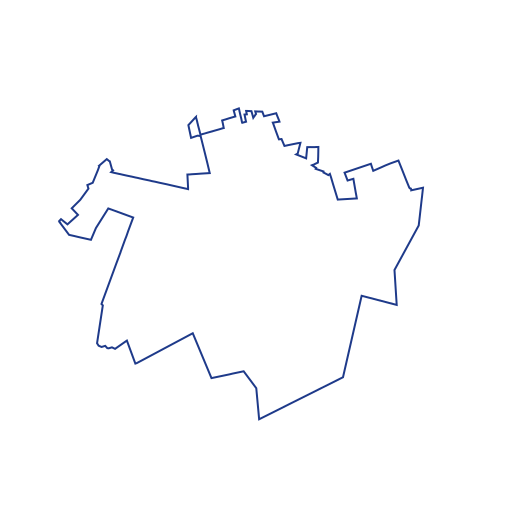 Villa de Arista, San Luis Potosí, Mexico (Mercator projection), rotated 67°
{"feature_id": "50627088B5681346085282", "entity_name": "Villa de Arista", "entity_type": "district", "adm_level": 2, "iso_a3": "MEX", "parent_name": "Mexico", "parent_adm1": "San Luis Potosí", "projection": "mercator", "projection_center": [-100.881, 22.664], "detail": "fine", "context": "isolated", "style": "outline", "palette": "blue", "viewbox_px": 512, "rotation_deg": 67, "n_neighbors": 0, "source": "geoboundaries", "source_scale": "gbopen_adm2", "svg_char_len": 3191}
<svg xmlns="http://www.w3.org/2000/svg" viewBox="0 0 512 512"><g transform="rotate(67 256 256)"><path d="M147.0,423.6L148.4,423.3L148.4,423.5L163.5,419.8L166.5,415.6L168.8,412.5L170.6,410.0L176.6,401.6L167.7,392.4L154.5,373.4L172.6,354.0L174.2,355.5L176.3,357.5L181.5,362.4L183.3,364.1L184.3,365.0L185.2,365.8L187.4,367.8L189.5,369.9L198.1,377.9L199.4,379.1L199.6,379.2L207.9,387.1L239.8,417.0L241.6,416.3L274.2,436.4L277.1,435.9L279.4,433.7L279.8,429.9L282.7,428.9L283.4,427.7L283.8,424.3L286.4,422.0L283.4,407.9L307.9,409.1L308.0,407.6L302.4,344.4L351.0,344.7L354.6,326.6L355.1,323.5L357.3,312.4L377.8,307.4L407.5,316.9L405.2,280.7L401.6,223.3L333.9,174.3L356.0,145.6L323.0,134.0L291.5,94.3L284.1,90.1L267.8,80.9L266.8,80.3L258.4,75.6L256.2,87.4L255.8,87.2L255.4,87.1L255.0,87.1L254.7,87.1L254.4,87.3L254.2,87.3L254.1,87.5L254.0,87.8L253.8,87.9L253.7,88.0L253.4,88.1L252.9,88.2L245.2,88.1L233.7,87.8L223.8,87.6L223.3,95.9L223.2,101.6L223.3,105.8L223.4,114.8L219.1,114.5L216.0,114.2L213.9,141.9L222.3,142.2L223.0,136.2L227.2,137.2L236.6,139.4L239.4,140.0L242.4,140.7L236.0,158.7L219.9,157.0L213.0,156.2L209.3,155.9L209.8,157.8L207.0,160.0L205.5,161.3L204.6,160.8L199.1,167.0L198.4,166.2L194.3,169.0L194.3,168.9L194.3,168.6L194.3,168.2L194.5,167.9L194.3,165.6L194.2,162.5L190.7,160.8L189.0,160.0L184.1,157.8L180.0,156.0L179.3,157.8L178.5,160.0L177.0,163.4L175.8,166.3L185.7,171.7L178.2,179.3L178.0,177.6L169.2,170.9L168.5,173.4L167.8,176.8L166.6,182.7L166.4,183.6L166.4,183.8L165.8,186.8L158.3,186.8L157.6,189.3L156.9,189.3L148.8,188.9L140.4,188.4L139.8,188.4L141.5,181.9L140.1,181.8L134.8,181.7L132.5,181.6L130.9,191.5L130.7,192.7L130.5,194.0L125.6,193.8L124.5,196.1L124.1,197.0L123.8,197.7L123.1,199.1L122.6,200.2L125.3,200.5L125.7,201.3L126.5,202.5L126.8,203.0L127.1,203.6L127.7,204.5L120.9,203.6L119.6,206.3L119.0,207.5L118.6,208.4L122.0,209.1L121.3,211.3L124.3,211.9L126.2,212.3L128.5,212.7L128.0,216.6L127.3,216.6L123.8,215.9L120.7,215.4L120.1,215.3L118.4,215.0L115.6,214.5L114.8,214.3L113.4,214.1L113.3,217.0L113.2,219.6L114.2,219.8L115.2,219.9L119.5,220.5L119.2,222.6L119.2,222.9L118.7,227.1L118.4,230.5L118.1,233.1L118.0,234.2L118.7,234.3L121.4,234.8L125.6,235.7L125.5,236.1L125.3,237.7L125.2,238.8L125.1,239.8L124.4,245.4L122.6,259.8L121.8,259.6L117.9,259.0L113.0,258.3L112.1,258.1L110.6,257.9L109.1,257.6L104.7,257.0L104.5,256.9L104.6,257.2L109.1,267.1L113.1,267.9L117.2,268.7L121.9,269.6L122.0,268.2L122.4,262.8L123.9,260.1L131.5,261.3L142.3,263.0L151.6,264.5L161.6,266.2L158.8,274.1L157.1,279.1L155.6,283.3L155.0,285.2L154.2,287.3L167.0,292.0L167.9,292.4L166.7,294.0L165.9,295.2L158.4,305.6L157.1,307.4L155.2,310.0L150.8,316.3L148.1,320.0L146.3,322.7L145.2,324.1L144.7,324.8L142.7,327.7L141.6,329.3L141.4,329.6L139.7,331.9L139.3,332.5L138.1,334.1L137.7,334.7L137.2,335.4L136.9,335.9L134.0,339.9L134.0,340.0L133.6,340.5L131.6,343.4L128.9,347.2L127.5,349.1L127.2,349.6L125.7,351.7L123.8,354.4L122.2,356.5L121.3,354.1L120.1,354.7L111.7,353.6L111.2,354.1L108.5,355.5L111.6,365.2L112.0,365.0L115.2,368.0L124.8,377.7L124.8,383.5L128.5,383.9L135.6,395.8L140.1,407.0L148.6,403.8L153.2,417.2L145.9,421.1L146.5,422.5L147.0,423.6Z" fill="none" stroke="#1e3a8a" stroke-width="2"/></g></svg>